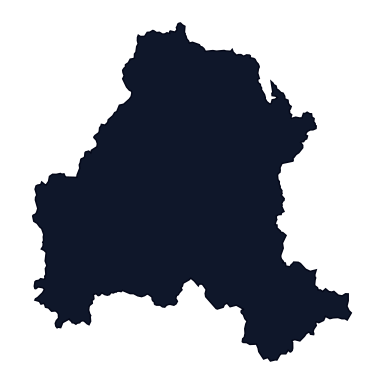 the district of Binh Gia, Lạng Sơn, Vietnam
{"feature_id": "81297802B86040607446214", "entity_name": "Binh Gia", "entity_type": "district", "adm_level": 2, "iso_a3": "VNM", "parent_name": "Vietnam", "parent_adm1": "Lạng Sơn", "projection": "natural_earth1", "projection_center": [106.28, 22.064], "detail": "fine", "context": "isolated", "style": "filled", "palette": "ink", "viewbox_px": 384, "rotation_deg": 0, "n_neighbors": 0, "source": "geoboundaries", "source_scale": "gbopen_adm2", "svg_char_len": 5890}
<svg xmlns="http://www.w3.org/2000/svg" viewBox="0 0 384 384"><path d="M263.6,359.0L267.8,357.5L270.4,361.0L275.3,359.8L276.9,360.0L279.7,355.1L281.1,353.8L285.8,353.8L288.1,350.2L290.1,351.9L290.7,351.9L292.2,350.4L292.7,348.2L292.6,342.5L291.8,341.0L292.0,340.5L294.8,339.6L299.9,340.9L304.4,336.3L306.1,333.8L308.5,332.1L310.2,333.0L310.5,334.2L313.6,334.6L313.8,333.9L313.1,331.3L313.9,329.0L316.3,325.5L315.7,323.6L316.1,322.1L316.6,321.7L318.8,322.7L323.6,320.4L325.4,316.3L329.9,318.6L333.1,317.8L338.0,317.5L341.8,318.7L345.0,318.7L347.2,320.0L351.3,312.9L349.0,310.7L346.9,306.2L348.2,300.8L348.2,293.9L345.5,293.8L342.2,295.9L338.3,295.2L333.9,291.4L331.8,292.1L328.9,291.6L325.6,288.8L322.7,291.5L320.3,289.9L318.3,290.1L317.4,287.6L315.0,285.9L314.6,284.4L315.1,279.7L315.6,278.1L315.5,277.3L314.8,277.0L314.9,274.2L316.2,269.9L310.2,271.4L305.6,269.2L300.4,263.5L298.2,262.3L293.7,262.1L292.5,263.8L291.3,264.6L290.0,266.8L285.9,266.1L285.3,263.0L282.8,262.6L283.4,261.5L281.5,259.3L280.7,257.0L280.8,255.0L283.2,248.2L282.4,243.1L286.1,235.4L282.8,232.6L280.9,232.3L280.3,230.9L277.0,227.9L277.0,225.0L275.2,224.7L275.7,221.9L276.8,219.5L276.3,218.3L276.3,216.0L278.6,214.6L281.1,214.5L281.6,212.6L284.0,211.5L281.7,206.4L282.2,205.0L281.5,204.0L282.9,201.1L283.9,200.5L284.2,198.6L281.2,195.1L282.1,193.4L281.7,192.4L281.9,190.6L280.1,188.0L280.2,186.3L279.2,184.1L279.3,181.6L277.9,179.6L277.5,175.2L278.2,173.5L279.9,172.3L280.2,170.4L280.0,167.7L282.0,163.4L292.9,161.1L293.2,160.2L292.9,158.2L293.7,157.7L296.1,154.5L298.8,152.7L302.7,147.8L302.7,145.2L300.6,142.6L301.3,141.9L303.6,141.6L304.9,139.7L306.7,138.8L307.5,135.9L305.6,134.9L306.1,133.1L307.4,131.4L310.2,129.9L313.0,129.8L316.0,128.5L316.2,125.9L315.3,125.5L315.1,123.5L313.7,121.7L314.1,118.5L312.0,117.2L311.5,113.8L309.6,113.7L307.1,112.2L305.2,113.5L303.5,113.4L302.0,117.9L299.6,118.0L295.7,117.2L291.4,118.5L290.9,117.2L291.7,114.8L289.7,113.2L289.4,109.9L290.3,109.0L291.2,106.4L289.6,105.4L288.3,103.2L288.0,100.2L284.9,98.9L284.7,96.2L283.1,93.2L280.8,92.5L278.4,90.0L276.9,89.3L276.0,85.9L273.8,84.7L273.0,83.1L271.1,81.4L272.8,92.0L271.9,93.5L272.1,95.6L275.7,96.1L277.4,97.6L275.2,99.2L272.2,99.8L271.3,103.3L270.3,104.0L269.4,103.8L266.8,101.6L265.2,98.8L265.3,97.6L264.5,94.6L261.3,89.4L261.6,88.0L260.5,86.2L260.3,84.3L258.4,82.9L258.0,82.0L257.6,79.4L259.3,78.5L257.7,73.2L258.4,68.8L259.2,67.0L259.0,66.0L258.2,64.0L256.3,61.9L255.1,59.4L253.8,58.5L250.3,57.8L250.3,55.8L249.4,55.1L246.5,54.9L243.7,56.3L240.9,54.6L238.5,54.6L236.5,55.3L233.2,52.1L232.2,49.4L230.6,51.3L225.8,51.0L224.1,50.5L216.4,51.2L212.9,50.6L205.4,51.4L203.9,48.6L202.1,47.0L200.4,46.5L199.3,44.7L192.5,42.3L189.3,43.1L188.6,41.1L186.7,38.8L186.0,36.1L185.1,34.7L185.2,33.6L184.4,32.4L184.9,26.3L182.4,24.9L180.5,23.0L179.1,23.2L177.8,24.1L177.2,26.3L176.4,27.4L177.0,29.8L174.9,32.1L170.3,31.0L169.8,31.4L169.7,33.4L166.8,32.8L165.0,33.9L162.6,34.2L159.4,32.3L156.5,32.6L153.7,30.7L152.7,30.5L149.9,32.2L147.2,32.4L144.6,36.4L140.4,36.5L138.3,35.2L137.5,37.4L137.4,40.7L138.2,43.8L136.7,46.5L136.0,52.0L134.5,54.0L134.4,57.9L133.4,58.6L130.2,59.2L128.4,62.7L125.5,64.7L125.4,67.2L124.1,68.1L122.7,70.2L123.0,72.6L124.2,75.7L122.7,78.8L126.6,87.0L129.3,90.1L131.3,91.1L131.7,91.7L131.9,93.0L131.2,96.5L129.4,99.1L123.7,104.2L119.4,105.2L116.8,111.6L114.7,112.6L112.8,115.8L108.3,119.7L107.7,122.4L105.0,125.1L101.4,124.4L101.0,125.9L99.6,127.8L99.3,131.3L98.7,132.8L95.0,135.5L93.9,137.0L93.9,137.6L96.3,140.2L97.4,143.7L96.9,146.8L91.4,150.3L90.8,152.9L88.7,151.1L85.5,152.0L85.0,152.8L84.7,156.7L83.6,157.9L81.3,158.8L80.8,159.6L80.3,162.6L79.3,164.9L79.8,168.2L77.2,174.8L76.8,177.4L66.1,177.1L65.1,176.5L64.0,173.9L61.8,174.2L60.4,173.5L56.2,174.4L52.6,174.3L49.5,176.4L48.6,181.3L46.1,185.0L44.7,184.5L41.7,182.0L40.7,184.6L37.6,185.1L36.1,185.9L35.1,189.2L36.8,195.1L35.6,197.4L35.4,200.0L37.8,208.5L36.6,212.5L35.5,214.1L33.3,215.1L32.7,216.0L33.8,221.3L37.1,223.3L39.8,227.0L41.7,228.5L43.8,234.6L43.3,236.9L43.6,240.6L42.7,242.4L43.3,243.3L43.0,246.4L41.3,249.0L43.9,250.2L46.2,252.5L45.2,261.0L46.9,265.7L45.4,268.6L45.9,274.5L44.7,276.3L45.0,277.9L44.6,278.9L43.9,279.3L40.6,278.7L38.9,280.3L36.1,280.8L35.0,281.7L34.3,286.2L34.9,288.5L35.8,288.7L38.2,286.9L42.9,287.7L44.4,289.6L42.5,292.8L37.6,297.6L35.5,298.8L34.9,300.1L39.4,301.4L41.0,304.1L43.7,303.3L44.7,304.5L45.5,307.2L48.5,307.9L51.5,311.2L55.5,310.9L57.4,312.4L58.4,314.0L58.6,318.1L56.4,320.6L55.3,323.3L55.8,326.1L57.1,327.8L58.2,327.2L60.7,327.6L62.7,322.6L69.2,319.0L70.3,320.6L71.5,321.4L72.1,322.7L74.0,323.0L75.9,324.2L77.1,323.2L79.7,322.7L80.7,321.3L82.7,320.7L84.2,321.1L87.2,323.8L89.0,324.7L90.6,321.3L90.2,316.7L90.7,315.6L89.7,314.0L88.6,310.1L89.0,306.8L89.5,305.5L92.3,303.3L92.0,300.2L93.5,299.5L93.9,298.7L93.4,294.8L93.7,294.4L96.2,293.7L98.0,295.5L98.7,295.6L99.8,295.1L101.8,292.8L104.6,294.5L107.3,295.2L109.5,294.6L110.8,292.6L113.6,292.9L115.1,291.8L116.0,292.2L116.9,291.4L118.9,291.1L121.1,291.6L122.5,290.4L130.1,293.6L133.6,293.6L137.8,295.8L141.6,296.6L144.6,295.6L146.7,294.2L148.0,294.1L152.0,297.0L152.2,299.5L152.7,300.7L154.3,302.0L154.5,303.9L155.0,304.5L156.5,305.1L160.1,305.1L162.4,306.8L164.8,307.1L166.4,305.3L168.6,304.4L170.2,304.3L173.9,305.2L176.0,303.9L177.4,301.3L175.7,298.4L176.3,296.3L176.6,295.6L178.3,294.6L179.2,292.9L182.0,289.8L180.9,287.8L182.4,286.1L183.1,283.2L189.1,279.8L190.8,278.1L194.4,281.1L198.3,285.8L199.2,284.0L202.0,284.1L202.9,284.9L206.2,289.6L205.2,293.5L205.7,296.7L216.1,308.5L217.3,309.0L223.2,307.2L224.4,304.5L227.1,303.1L230.1,306.7L236.3,305.1L243.5,309.2L243.4,309.7L241.8,310.2L241.2,310.9L241.1,312.1L241.7,313.2L243.3,314.5L244.9,318.7L247.1,321.2L245.8,324.1L244.8,328.7L245.1,333.4L244.3,337.3L242.7,338.8L242.3,341.7L243.1,342.4L246.7,342.6L249.8,344.4L256.4,344.1L258.1,348.0L258.8,351.7L263.6,359.0Z" fill="#0f172a" stroke="#020617" stroke-width="1.5"/></svg>